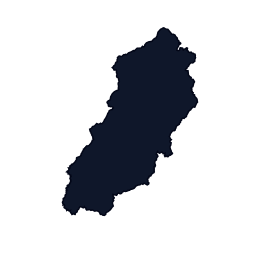 outline of Mueang Mae Hong Son, Mae Hong Son, Thailand, rotated 217°
{"feature_id": "78962969B54063413445494", "entity_name": "Mueang Mae Hong Son", "entity_type": "district", "adm_level": 2, "iso_a3": "THA", "parent_name": "Thailand", "parent_adm1": "Mae Hong Son", "projection": "equal_earth", "projection_center": [98.008, 19.287], "detail": "fine", "context": "isolated", "style": "filled", "palette": "ink", "viewbox_px": 256, "rotation_deg": 217, "n_neighbors": 0, "source": "geoboundaries", "source_scale": "gbopen_adm2", "svg_char_len": 5796}
<svg xmlns="http://www.w3.org/2000/svg" viewBox="0 0 256 256"><g transform="rotate(217 128 128)"><path d="M176.9,166.8L175.4,166.7L174.0,165.9L172.6,167.1L171.9,167.0L170.4,165.1L169.3,164.7L168.4,162.6L167.8,162.1L167.1,161.9L166.5,162.3L165.1,161.7L164.4,160.7L163.0,160.0L163.0,158.5L162.4,157.3L160.7,155.8L159.6,153.8L158.7,153.6L158.6,153.2L159.1,151.6L159.7,150.9L160.7,148.7L161.1,146.0L160.6,142.5L159.5,140.4L159.3,139.5L159.5,138.7L160.1,138.0L160.3,136.0L159.5,135.5L158.3,135.2L156.8,133.8L156.1,133.8L155.8,134.3L154.7,134.5L154.3,135.0L152.9,135.6L151.9,135.2L152.0,134.4L151.7,133.3L152.7,132.1L153.4,130.5L152.9,129.2L152.9,127.5L152.3,125.7L151.7,122.4L151.7,120.5L151.2,118.5L151.2,116.1L152.2,115.2L152.7,115.3L153.3,113.8L153.8,113.2L155.7,112.7L156.0,109.1L156.9,108.3L157.2,107.1L156.9,105.9L157.9,104.0L157.2,103.3L156.3,103.2L156.0,102.4L155.0,102.3L154.1,101.4L153.1,101.2L152.7,100.6L151.1,100.0L150.4,99.4L150.0,98.7L149.4,98.7L148.5,98.0L149.1,96.8L148.5,94.9L148.4,92.4L148.6,92.0L148.5,90.7L149.6,89.1L150.1,89.0L150.4,87.7L150.0,86.7L150.5,86.3L150.4,84.9L150.8,84.4L150.3,83.8L150.4,83.2L150.2,82.8L150.1,81.3L149.8,80.4L149.9,79.4L149.4,78.7L149.4,78.0L149.0,78.0L148.9,77.6L149.2,76.5L151.1,73.5L151.0,72.9L150.1,72.1L149.9,68.5L150.3,66.2L150.8,65.6L150.5,65.0L151.2,64.8L151.0,63.3L151.5,62.9L151.6,62.5L151.0,62.2L150.5,61.3L151.0,60.6L151.5,60.3L150.9,60.0L150.5,60.7L150.3,60.7L150.4,59.7L149.9,58.4L150.4,57.1L149.9,57.1L150.2,56.4L149.6,56.7L149.4,55.9L148.5,56.1L148.2,55.6L147.9,56.2L146.9,55.5L146.0,55.8L145.6,55.4L145.2,55.7L145.0,54.9L144.5,54.9L144.7,54.4L144.3,54.1L144.2,53.2L143.8,52.5L142.5,52.2L142.1,51.3L141.9,51.5L141.4,50.8L141.1,48.7L141.3,48.6L140.9,48.0L141.1,47.2L140.8,46.5L141.7,46.1L141.9,45.5L141.6,45.1L140.3,45.0L140.5,44.4L141.0,44.0L141.3,42.8L141.1,42.5L140.5,42.7L140.2,41.8L139.2,41.8L139.6,40.8L139.1,40.6L138.8,39.5L137.9,38.8L137.6,37.9L137.8,36.5L136.9,35.7L136.9,33.7L137.3,32.7L136.0,31.1L135.7,29.3L134.1,28.1L133.7,28.2L133.4,27.4L132.7,28.4L132.1,28.2L131.7,27.7L131.6,26.6L131.1,26.0L128.3,26.1L127.4,25.4L127.3,26.3L127.0,26.6L126.3,26.2L125.6,26.5L125.1,26.3L124.4,27.4L124.2,26.6L122.8,25.9L122.4,26.1L122.0,25.7L121.2,25.7L120.8,25.2L120.4,25.6L120.3,26.5L119.9,27.0L119.0,26.7L118.2,27.2L118.9,28.3L118.2,30.4L119.0,32.0L118.5,33.3L119.0,35.3L118.8,36.3L118.0,36.9L115.7,37.3L115.4,38.0L115.5,38.9L114.6,38.5L113.8,38.8L113.1,38.5L112.9,38.0L111.7,37.6L109.8,39.5L108.5,40.1L108.2,39.9L106.9,41.2L104.7,41.5L102.9,43.3L100.5,43.7L98.1,42.4L96.9,43.3L95.7,43.2L94.3,44.0L93.8,45.5L94.3,46.4L94.6,47.5L93.7,49.0L92.9,52.1L93.0,55.2L92.8,56.8L94.9,58.3L95.7,59.3L95.8,61.5L97.0,61.9L97.2,62.6L96.8,63.3L97.3,64.2L98.3,64.1L100.0,65.9L98.3,66.6L98.1,67.0L97.5,67.0L96.7,67.3L96.6,68.2L97.0,69.3L96.4,70.4L95.4,70.5L94.5,70.9L94.1,71.4L93.8,72.3L94.0,72.9L93.9,73.8L93.5,74.1L93.5,75.0L91.8,75.8L90.7,77.2L90.5,78.2L89.9,78.4L89.7,79.0L89.3,79.2L88.9,80.8L88.2,81.3L87.1,83.0L86.8,83.8L86.7,86.5L85.7,88.4L84.2,89.9L84.2,90.5L83.9,91.2L83.4,91.7L82.2,92.0L82.1,93.1L81.7,93.7L78.4,94.1L77.8,95.6L78.2,96.7L79.3,96.6L80.8,98.4L81.7,98.7L81.9,99.6L81.4,100.9L82.2,102.1L81.0,103.4L81.3,105.7L80.9,107.2L80.5,107.7L80.6,108.8L81.5,109.5L81.7,110.2L82.3,110.8L82.7,110.8L82.8,111.6L83.9,112.4L83.6,113.1L83.2,113.2L83.4,114.4L84.1,114.6L84.4,115.5L85.7,115.8L85.8,116.6L86.4,117.4L86.5,118.3L86.1,119.6L87.1,121.1L87.1,123.4L88.3,124.2L89.6,124.0L90.0,124.9L89.9,125.5L90.2,126.3L90.2,127.2L89.4,126.7L87.7,126.8L86.4,129.2L85.6,129.3L84.5,128.6L83.7,129.1L83.2,130.1L82.8,129.3L82.3,128.9L82.2,127.8L81.2,127.4L80.9,128.2L80.0,129.1L79.6,128.7L78.8,129.1L78.5,131.5L77.8,131.8L77.9,132.6L77.4,132.9L77.2,133.6L77.3,134.6L79.1,134.9L79.4,135.5L81.2,136.5L82.9,137.8L83.4,138.6L83.5,139.9L84.7,142.2L86.2,142.1L86.7,142.6L86.4,144.8L87.4,144.8L89.8,146.0L90.0,146.3L90.0,147.2L90.7,148.9L90.7,152.6L89.4,153.7L89.1,154.6L89.7,155.9L89.7,156.8L90.5,158.5L89.3,161.9L89.8,162.8L89.5,164.1L90.2,164.9L90.0,166.7L90.4,167.2L90.5,168.2L90.2,169.0L89.0,169.4L88.9,170.7L88.3,172.1L88.4,172.7L89.1,173.9L89.0,174.7L89.3,176.6L89.7,177.1L89.4,177.7L89.6,178.6L88.9,180.2L89.1,182.3L88.7,183.1L88.8,184.1L87.2,184.8L88.2,189.2L88.1,190.6L89.2,191.2L89.4,191.9L90.9,192.9L93.8,193.4L94.9,194.5L95.5,194.0L96.7,194.1L97.1,195.4L98.5,195.2L98.8,196.0L99.8,196.0L100.4,197.6L101.6,197.8L101.8,198.2L101.1,200.1L102.6,203.6L102.6,204.6L102.8,205.0L105.2,206.0L106.2,205.4L107.4,205.2L108.0,206.4L109.6,206.2L111.6,206.7L114.6,209.9L116.1,208.8L116.9,208.7L117.4,209.8L116.9,211.2L117.3,211.9L116.9,214.2L117.3,215.2L117.2,217.5L116.8,218.1L115.5,218.9L115.2,219.6L115.2,220.4L114.8,221.4L115.9,222.9L116.4,224.8L117.1,225.2L118.0,226.6L119.0,227.3L120.1,226.8L121.1,226.9L121.6,226.2L123.3,226.6L123.9,225.7L125.3,225.0L126.2,225.7L127.5,225.5L128.5,227.5L129.0,227.5L129.6,227.1L129.7,225.9L130.3,225.1L130.7,223.5L131.0,223.5L132.1,224.6L132.6,224.6L134.6,223.5L134.6,223.1L133.6,221.1L134.3,220.1L135.8,219.5L136.7,221.2L137.0,224.1L137.5,224.7L136.7,226.9L136.9,227.4L138.0,227.5L138.7,226.5L139.4,227.8L140.0,228.2L141.6,228.2L142.8,229.5L145.1,229.8L146.4,230.5L148.3,230.1L149.6,229.1L150.6,229.6L155.5,230.8L157.4,229.7L159.4,229.6L160.1,229.2L160.9,227.2L161.4,226.5L161.7,222.6L160.0,218.6L160.1,217.9L159.7,217.0L160.3,216.2L160.9,214.6L161.1,212.7L160.9,211.8L163.2,209.4L164.5,207.1L164.6,204.5L164.0,203.5L164.2,202.2L165.6,202.0L165.7,199.6L168.7,197.2L169.4,193.2L170.3,193.1L171.2,190.8L172.8,188.3L173.1,185.9L174.4,185.3L174.7,184.5L175.5,184.0L175.8,182.7L175.6,182.1L175.8,181.7L176.9,180.7L177.8,180.6L178.5,179.9L178.8,177.9L178.1,177.4L177.7,175.7L176.4,174.6L177.0,173.7L177.1,173.0L177.0,172.2L176.3,170.8L176.8,169.0L176.6,167.9L176.9,166.8Z" fill="#0f172a" stroke="#020617" stroke-width="1.5"/></g></svg>